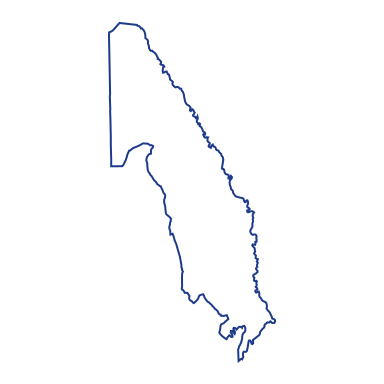 Kathiani, Eastern, Kenya (Equal Earth projection)
{"feature_id": "3690345B54323556821532", "entity_name": "Kathiani", "entity_type": "district", "adm_level": 2, "iso_a3": "KEN", "parent_name": "Kenya", "parent_adm1": "Eastern", "projection": "equal_earth", "projection_center": [37.316, -1.421], "detail": "fine", "context": "isolated", "style": "outline", "palette": "blue", "viewbox_px": 384, "rotation_deg": 0, "n_neighbors": 0, "source": "geoboundaries", "source_scale": "gbopen_adm2", "svg_char_len": 6058}
<svg xmlns="http://www.w3.org/2000/svg" viewBox="0 0 384 384"><path d="M163.0,72.7L162.7,70.7L163.1,67.2L164.3,66.7L163.7,65.6L162.9,65.0L161.0,64.7L160.4,64.1L161.0,63.0L161.1,61.7L158.6,59.1L157.7,59.0L157.9,57.8L157.2,56.8L156.6,55.3L155.9,54.0L154.1,52.3L153.1,51.8L152.1,50.7L150.9,50.9L150.1,50.2L149.0,48.1L149.0,46.3L147.9,43.4L148.1,41.4L147.6,40.0L145.3,37.9L145.4,36.1L145.1,33.8L144.7,32.3L144.0,30.7L142.5,28.9L141.8,28.3L141.0,28.5L140.2,27.1L139.3,26.3L137.4,25.7L136.9,24.9L119.5,23.0L113.4,29.9L111.8,31.2L109.1,32.4L109.0,36.4L110.1,94.3L109.8,96.2L110.3,109.5L110.1,110.8L110.4,118.6L110.8,136.9L110.8,144.9L111.2,159.2L111.2,166.3L122.2,166.2L123.1,165.4L125.9,159.7L126.9,156.6L127.1,155.3L129.1,150.7L130.4,150.4L131.6,149.2L133.3,148.0L138.5,145.9L142.5,143.7L143.3,143.4L147.9,143.7L150.2,145.3L151.6,145.2L153.2,146.2L152.9,147.3L151.5,149.0L151.0,150.1L150.9,151.2L151.1,152.3L151.0,153.6L149.0,154.3L148.1,155.2L146.9,157.2L146.6,158.4L146.3,160.6L147.1,162.7L147.3,164.0L147.3,166.0L147.7,169.7L148.6,172.1L149.4,173.0L150.5,175.1L151.6,176.1L153.8,179.8L155.2,181.3L155.9,181.9L157.3,184.2L158.7,185.1L159.7,186.0L160.8,186.3L161.4,188.0L162.3,189.6L163.5,192.8L164.5,193.9L165.0,194.8L165.2,196.2L164.9,197.5L164.2,199.8L164.1,201.1L164.2,202.5L165.2,206.4L165.8,212.8L166.1,213.8L166.7,214.6L169.6,217.0L171.0,218.7L170.7,220.1L170.8,221.2L170.1,222.5L169.8,225.2L169.4,226.2L169.3,228.0L169.5,229.1L170.1,230.4L170.3,231.6L170.4,234.6L172.6,233.8L173.7,236.7L174.8,240.8L176.1,243.6L179.9,256.8L181.4,264.9L181.4,267.3L182.1,268.8L182.0,269.9L182.9,271.5L182.2,273.3L182.0,277.1L182.1,286.7L181.8,288.2L181.9,289.5L182.7,289.8L183.5,290.5L184.8,292.8L187.4,292.9L189.5,296.0L189.2,297.2L189.2,298.5L189.5,299.5L190.3,300.4L192.0,301.4L192.8,302.5L193.9,303.1L196.2,301.0L197.7,299.3L198.4,298.1L199.0,296.2L200.0,295.1L203.2,294.3L203.9,295.5L204.7,297.9L206.1,299.9L207.6,301.7L208.9,302.3L209.7,303.2L211.6,304.8L212.2,305.8L213.8,307.3L214.6,308.4L217.6,311.0L218.6,313.4L219.7,314.5L220.7,314.6L221.3,315.9L224.4,315.8L225.6,315.4L226.9,315.3L228.3,319.1L225.2,321.7L224.0,323.0L221.2,324.4L220.5,326.1L220.3,328.7L219.3,332.6L220.3,334.2L222.3,336.2L224.7,338.1L226.5,339.2L227.8,337.0L229.3,335.3L230.1,335.7L230.9,336.7L231.7,337.0L232.5,336.8L232.4,335.3L231.7,333.8L230.7,332.5L231.0,331.0L232.2,331.0L233.0,331.8L233.5,332.7L234.6,333.9L235.0,332.7L234.7,331.2L233.3,328.8L233.7,327.9L234.9,327.9L235.8,328.5L236.6,329.5L239.0,326.9L240.2,326.8L241.3,327.2L242.0,327.8L242.2,326.7L243.0,326.1L244.0,325.8L244.7,326.4L245.2,327.7L245.4,329.3L245.3,330.5L244.7,332.0L243.3,333.2L242.4,335.2L242.2,336.7L242.2,338.4L241.6,340.6L241.1,342.8L240.6,343.5L240.0,345.0L239.1,346.4L238.7,348.1L238.1,349.6L238.6,361.0L240.5,359.3L241.4,358.8L242.2,359.3L243.3,356.8L242.9,355.1L242.9,353.9L243.2,352.8L243.7,351.7L245.9,351.8L246.7,351.3L247.6,347.9L248.6,341.6L249.1,340.5L250.1,340.5L250.7,341.1L251.6,343.7L252.4,344.1L253.2,343.2L253.0,340.0L254.5,338.7L255.5,338.2L256.2,337.4L259.2,335.1L260.0,333.4L260.2,331.8L262.6,328.8L263.8,327.8L264.6,326.5L264.4,325.3L265.0,324.3L266.2,323.5L267.2,322.4L269.3,322.5L270.3,321.3L271.1,321.9L271.8,322.8L272.7,323.0L274.3,322.9L275.0,321.7L275.0,320.2L274.2,319.2L273.1,318.9L272.2,318.5L271.6,316.3L270.8,314.9L270.3,313.5L269.6,312.2L268.0,310.6L266.5,308.5L266.8,307.3L266.9,305.5L266.5,303.7L265.8,302.3L263.0,301.0L262.1,300.3L261.0,298.4L259.7,297.0L259.3,295.9L259.2,292.8L258.7,291.5L258.0,291.6L257.1,292.2L256.2,292.6L255.4,291.8L255.4,290.6L257.3,289.4L257.3,288.3L256.5,287.8L255.7,286.9L256.5,286.0L256.7,284.5L256.3,283.0L256.9,281.4L256.2,280.8L255.4,281.1L254.5,281.0L253.9,280.2L254.4,277.8L253.1,276.2L253.5,274.9L256.0,273.4L257.4,272.2L257.6,271.1L256.4,269.6L256.0,268.6L256.5,267.6L257.3,266.8L256.9,265.7L257.2,264.3L257.8,262.7L256.8,261.6L257.9,259.2L256.7,258.9L255.6,258.0L255.9,255.5L254.7,254.4L254.1,253.2L255.2,251.6L254.8,250.1L254.7,248.3L253.3,246.8L252.3,245.5L252.7,244.4L255.1,244.8L255.5,243.6L255.3,241.8L256.6,241.6L256.6,239.5L256.2,238.1L256.6,236.7L256.2,235.2L255.6,234.7L254.7,234.4L253.8,234.5L252.9,234.9L252.2,234.6L251.4,233.9L250.6,232.6L250.2,231.4L250.4,230.4L252.4,226.7L252.4,223.4L253.1,221.4L252.7,219.4L253.3,217.6L252.7,216.3L252.7,214.8L253.2,213.5L254.1,212.6L253.5,211.8L252.5,211.3L251.6,211.2L250.5,211.4L248.1,212.3L247.3,211.8L247.2,210.4L248.6,210.0L249.7,209.0L249.0,208.1L248.0,207.6L247.2,206.8L247.3,205.6L248.0,203.8L248.1,202.7L247.9,201.4L247.4,200.3L246.7,200.3L246.0,200.9L245.6,202.1L244.8,202.1L244.0,200.8L243.6,199.0L242.5,198.1L240.3,197.7L236.1,196.5L235.1,195.7L233.3,193.2L232.6,190.4L231.8,189.9L231.0,189.1L230.8,187.4L229.8,184.7L229.6,182.4L229.9,180.7L230.9,179.3L231.8,178.2L231.9,177.0L230.9,175.9L229.4,178.8L228.4,178.5L228.7,175.3L227.7,174.6L226.6,174.4L225.7,174.0L224.7,172.8L224.2,170.0L223.5,169.0L222.5,169.1L221.9,168.3L223.3,159.7L222.7,157.0L221.6,155.8L221.1,153.9L219.6,152.6L218.9,151.7L218.5,150.6L216.8,150.1L216.0,149.2L215.4,147.3L214.4,146.6L213.4,146.5L212.8,144.6L211.3,145.7L210.8,147.8L208.7,146.6L208.7,145.5L209.5,144.3L209.8,143.1L209.1,142.4L208.2,141.8L207.5,141.0L207.5,138.2L208.0,137.4L206.7,137.2L205.7,137.6L204.7,137.5L203.9,136.2L203.2,134.6L204.0,133.9L205.0,134.4L205.2,133.3L204.6,132.3L203.6,131.9L202.8,131.1L202.6,129.8L201.2,127.1L200.2,126.5L199.5,125.7L200.1,124.4L199.6,123.4L198.2,124.1L197.8,122.9L196.9,122.0L196.8,120.6L197.6,119.1L197.8,118.1L197.4,116.6L196.9,117.9L195.9,118.2L195.3,116.8L194.1,116.5L193.3,116.0L193.0,115.1L194.0,113.9L194.7,112.7L193.6,111.0L193.3,110.0L192.3,109.3L191.4,110.5L190.7,111.1L190.0,110.5L190.1,109.4L190.6,107.8L189.9,106.6L189.1,105.8L187.1,104.7L186.0,103.4L185.3,101.8L184.9,100.5L184.3,97.7L183.8,94.3L182.7,91.6L181.9,90.9L181.5,90.0L181.2,88.7L179.6,88.6L178.7,87.4L177.5,86.8L175.6,87.4L174.5,86.7L172.7,84.9L172.4,83.6L172.9,82.1L172.0,81.0L170.0,79.5L169.9,77.8L169.3,76.1L169.1,74.7L167.9,74.2L166.6,71.5L165.3,71.7L164.1,72.5L163.0,72.7Z" fill="none" stroke="#1e3a8a" stroke-width="2"/></svg>